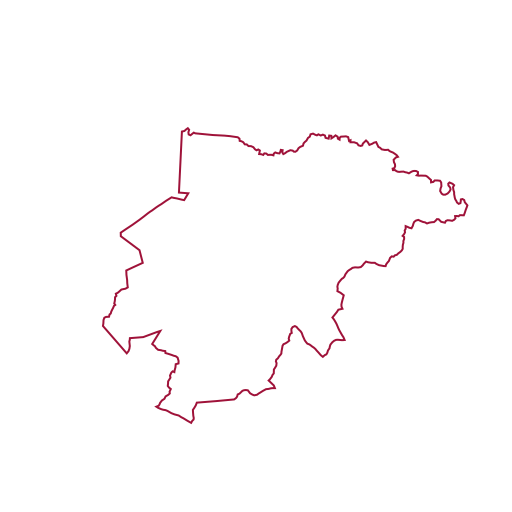 Nyeri Town, Central, Kenya, rotated 309°
{"feature_id": "3690345B58692620094819", "entity_name": "Nyeri Town", "entity_type": "district", "adm_level": 2, "iso_a3": "KEN", "parent_name": "Kenya", "parent_adm1": "Central", "projection": "orthographic", "projection_center": [36.977, -0.417], "detail": "fine", "context": "isolated", "style": "outline", "palette": "rose", "viewbox_px": 512, "rotation_deg": 309, "n_neighbors": 0, "source": "geoboundaries", "source_scale": "gbopen_adm2", "svg_char_len": 6132}
<svg xmlns="http://www.w3.org/2000/svg" viewBox="0 0 512 512"><g transform="rotate(309 256 256)"><path d="M99.0,216.8L101.8,216.8L104.2,216.0L106.6,214.6L109.8,211.4L111.5,210.6L112.8,209.7L122.0,219.4L134.3,226.7L137.5,228.8L122.3,230.7L122.2,232.6L122.3,234.2L121.6,236.0L121.5,239.0L123.0,241.5L123.6,243.0L125.0,245.3L123.6,246.7L124.6,249.0L126.1,252.9L126.7,254.8L127.6,256.7L127.7,259.0L125.7,261.9L123.7,263.4L121.4,261.7L118.7,263.5L115.7,264.8L114.4,265.6L113.9,263.8L112.1,263.6L109.0,264.4L107.6,266.1L103.3,266.6L101.4,268.0L99.5,269.2L99.0,271.2L99.0,273.5L96.2,274.2L94.9,275.5L92.9,275.2L90.0,274.1L87.4,274.7L84.5,273.8L81.5,273.9L80.0,274.4L78.4,274.6L76.2,273.4L76.4,275.4L77.3,278.7L78.1,280.6L79.3,282.7L79.9,284.7L80.6,289.1L81.6,292.3L83.4,296.3L83.7,299.4L84.2,301.7L84.8,306.4L85.5,310.6L87.7,310.2L89.6,310.4L90.9,309.6L92.4,307.8L94.8,305.5L96.7,303.8L99.3,303.6L102.0,303.2L104.8,302.3L118.6,316.8L130.8,329.3L133.1,329.9L134.8,329.8L136.9,328.9L138.6,329.8L142.7,330.3L144.2,331.2L145.4,332.4L146.5,334.2L145.6,337.8L146.0,340.4L146.6,342.3L148.8,344.1L150.8,344.6L152.4,345.2L155.4,346.2L158.8,347.6L160.7,349.5L162.4,350.7L164.0,352.3L165.2,353.8L166.6,351.3L167.2,344.2L169.0,344.4L172.0,344.3L173.9,343.7L175.9,343.7L177.4,342.6L179.1,341.3L180.6,341.2L183.5,340.8L185.7,339.4L186.6,337.8L188.2,337.0L190.2,337.4L192.6,337.1L194.5,337.2L196.1,337.1L197.7,336.0L201.2,334.1L203.0,333.1L204.8,332.9L206.7,333.9L208.8,334.6L211.2,335.1L212.4,333.4L214.3,332.5L217.1,331.6L218.7,332.2L220.0,330.7L221.6,329.4L223.8,329.2L226.0,330.3L226.4,332.2L226.0,333.9L225.7,336.4L225.6,337.9L225.1,339.7L224.2,341.3L223.3,342.7L222.2,344.9L221.1,347.1L220.5,349.4L220.2,351.1L220.9,353.2L221.0,355.0L221.0,356.7L221.2,358.6L221.1,360.7L220.7,362.6L220.3,365.4L219.7,368.8L219.7,371.4L222.2,371.8L223.8,372.6L225.7,372.3L227.8,371.4L230.5,371.2L232.2,370.3L234.0,369.6L237.1,369.6L239.4,370.1L241.2,371.0L242.4,372.3L243.4,373.8L244.3,375.2L245.4,376.6L246.5,377.7L247.9,375.1L248.7,372.6L249.4,370.8L250.7,367.5L251.7,365.4L252.7,363.6L254.0,361.1L255.0,358.6L255.8,356.3L256.3,354.1L260.7,354.1L263.4,354.1L266.1,353.8L269.4,356.4L270.4,354.4L271.9,353.0L274.0,351.9L276.4,350.8L278.9,349.7L280.7,348.9L280.6,344.8L279.9,341.4L282.2,339.9L283.3,338.6L285.0,337.7L287.3,337.0L290.7,337.0L292.4,337.1L293.8,337.6L295.6,337.7L298.0,337.0L301.9,336.8L303.9,337.3L305.8,338.0L307.5,338.4L309.5,340.1L311.3,342.6L313.3,344.4L315.8,344.8L317.9,344.7L320.9,345.0L321.6,346.9L323.3,349.9L325.5,352.6L325.6,354.5L326.3,357.4L327.4,359.4L328.7,361.8L329.7,363.1L331.4,362.4L333.5,362.3L335.8,362.4L338.9,361.4L341.1,361.7L342.1,363.4L343.9,363.5L345.5,364.7L347.5,364.9L350.1,365.6L352.2,365.8L353.9,365.5L355.6,364.1L357.3,363.0L359.0,362.3L360.4,361.1L362.5,360.4L364.0,359.1L363.9,357.3L366.4,357.3L368.2,356.9L369.4,355.5L371.3,355.2L373.4,353.5L374.1,355.8L374.4,357.3L375.4,359.4L378.1,358.9L380.4,357.9L382.1,357.5L384.2,358.0L386.2,359.4L386.7,361.6L387.6,364.5L388.5,366.1L388.9,368.4L391.0,369.7L392.9,371.4L394.4,373.0L396.5,373.4L398.5,373.4L399.5,374.8L399.1,378.4L400.8,381.9L402.7,381.5L404.3,382.3L405.5,384.0L406.8,386.3L408.9,387.2L410.8,387.3L412.3,385.6L413.5,386.9L414.3,388.4L416.1,388.8L417.0,390.0L418.4,391.9L420.9,391.1L423.7,390.0L426.8,389.0L428.4,388.4L429.2,384.4L430.5,382.6L430.2,380.6L428.9,379.6L427.2,380.8L425.7,381.6L424.1,380.7L424.1,378.5L424.9,376.9L425.4,375.3L426.4,373.8L427.7,372.3L428.7,371.1L430.3,369.8L431.5,367.9L433.5,365.8L435.7,365.4L435.8,363.3L434.9,360.1L433.2,359.9L431.9,361.2L431.4,363.8L430.2,365.3L427.9,365.8L425.2,365.6L422.8,364.5L421.5,362.9L421.3,361.1L422.4,358.2L424.7,356.9L426.9,356.2L429.7,353.6L430.3,351.7L428.9,349.5L427.1,347.3L425.2,347.2L423.4,345.7L425.2,344.2L425.3,341.9L425.5,339.2L425.2,337.4L423.0,334.5L420.7,331.7L419.9,330.2L421.6,330.3L423.2,329.0L422.8,326.9L421.6,325.3L420.4,324.3L418.9,323.6L416.5,322.8L415.9,320.9L415.0,319.2L414.4,317.5L412.9,315.8L411.7,314.6L410.8,313.3L410.3,311.7L410.3,310.1L408.9,308.4L409.9,307.2L411.4,308.2L413.4,307.6L414.8,306.2L415.7,304.2L417.4,302.4L420.6,302.7L422.4,303.9L422.9,301.9L422.8,299.6L422.6,297.3L422.0,295.4L421.6,293.8L421.7,291.8L420.6,290.7L419.5,289.4L418.0,286.6L418.2,284.3L417.8,282.5L419.1,279.8L420.1,277.7L418.4,276.4L416.4,275.7L413.7,274.2L414.8,271.2L415.0,268.8L410.6,268.3L408.8,269.0L407.4,268.1L406.5,266.0L407.2,263.7L406.1,260.6L403.8,257.8L405.4,256.6L404.0,255.9L406.4,252.8L405.6,250.6L404.0,248.9L402.2,246.9L400.6,246.6L399.0,247.7L398.7,245.8L400.1,244.3L399.8,241.9L397.4,241.4L394.9,240.6L396.8,238.9L395.7,237.1L392.9,238.6L391.6,235.7L393.0,233.8L392.4,231.6L390.4,230.5L389.8,227.9L388.1,227.4L387.5,225.8L387.0,223.3L384.9,221.8L382.6,222.7L380.5,222.1L377.4,222.6L375.3,222.2L373.4,222.1L371.3,223.1L368.6,221.7L366.6,221.2L363.9,221.6L361.8,221.0L360.9,219.7L361.0,218.2L359.8,216.1L356.2,214.3L354.5,214.0L352.4,213.1L353.1,211.2L355.0,210.1L354.1,208.5L352.6,209.2L350.5,209.7L349.3,207.8L348.6,205.8L346.7,205.4L345.2,206.2L344.4,204.4L343.2,202.9L342.0,201.6L342.1,199.6L341.0,197.9L339.1,198.0L338.4,196.0L337.2,194.3L338.9,193.4L340.4,192.6L340.2,190.7L338.5,189.9L338.3,188.1L338.9,185.5L338.2,182.9L336.7,181.0L336.9,178.6L335.7,177.0L336.4,174.5L336.0,172.4L335.2,170.9L336.8,169.3L336.8,167.1L332.8,160.4L329.6,155.6L322.9,146.4L313.1,131.6L312.7,130.0L308.6,129.1L308.1,127.2L309.6,125.6L312.0,124.6L312.4,122.6L310.2,122.0L308.1,121.7L306.1,120.1L256.8,156.2L262.1,163.9L254.2,165.0L252.9,162.5L251.0,158.4L249.2,155.1L248.5,153.5L242.4,151.4L236.8,149.8L234.0,148.8L231.1,147.9L226.1,146.6L223.7,145.8L221.1,145.1L216.2,144.0L210.9,142.7L202.6,140.4L194.3,137.8L189.0,136.2L186.3,138.5L187.2,161.8L179.4,172.3L169.5,167.4L163.1,164.3L159.8,167.2L156.2,171.0L153.8,173.1L150.9,176.1L148.4,175.1L146.6,173.6L145.2,172.5L142.5,172.1L140.4,171.7L138.5,170.8L137.2,172.6L135.3,172.4L133.6,173.7L131.8,174.8L129.9,175.7L129.4,177.4L127.8,177.0L125.9,177.6L123.8,178.0L121.7,178.5L119.9,179.3L118.4,179.0L116.3,180.0L114.3,177.8L112.6,177.0L110.3,177.8L107.4,179.9L105.3,181.1L99.0,216.8Z" fill="none" stroke="#9f1239" stroke-width="2"/></g></svg>